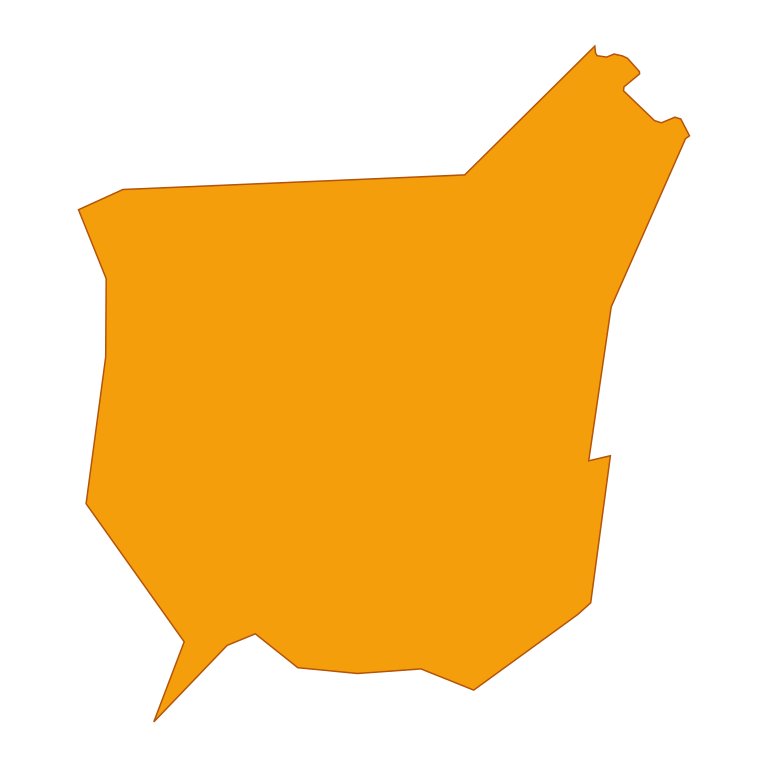 Franklin, Georgia, United States of America (Natural Earth projection)
{"feature_id": "52423323B34949297901423", "entity_name": "Franklin", "entity_type": "district", "adm_level": 2, "iso_a3": "USA", "parent_name": "United States of America", "parent_adm1": "Georgia", "projection": "natural_earth1", "projection_center": [-83.174, 34.38], "detail": "fine", "context": "isolated", "style": "filled", "palette": "amber", "viewbox_px": 768, "rotation_deg": 0, "n_neighbors": 0, "source": "geoboundaries", "source_scale": "gbopen_adm2", "svg_char_len": 574}
<svg xmlns="http://www.w3.org/2000/svg" viewBox="0 0 768 768"><path d="M153.8,721.9L227.1,645.4L255.3,633.8L297.8,667.7L357.5,673.5L420.9,668.9L473.7,690.1L577.7,614.5L590.7,602.8L610.4,455.7L588.7,460.8L611.2,306.9L685.5,138.7L689.5,135.8L680.8,119.0L674.9,117.2L661.4,122.8L654.5,120.6L623.5,90.8L624.0,86.8L639.6,73.9L639.4,71.6L627.5,58.3L622.4,55.9L614.0,54.0L613.5,54.3L606.5,57.1L597.2,55.7L595.5,53.0L594.8,46.1L464.7,174.9L122.9,189.5L78.5,209.7L106.2,278.7L105.7,356.9L86.1,503.7L184.2,641.8L153.8,721.9Z" fill="#f59e0b" stroke="#b45309" stroke-width="1.5"/></svg>